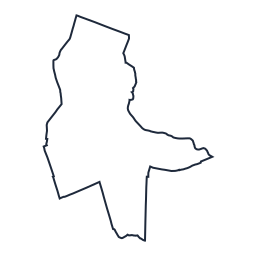 the district of Tinosu, Prahova, Romania
{"feature_id": "2599482B48682936712287", "entity_name": "Tinosu", "entity_type": "district", "adm_level": 2, "iso_a3": "ROU", "parent_name": "Romania", "parent_adm1": "Prahova", "projection": "albers", "projection_center": [26.021, 44.814], "detail": "fine", "context": "isolated", "style": "outline", "palette": "slate", "viewbox_px": 256, "rotation_deg": 0, "n_neighbors": 0, "source": "geoboundaries", "source_scale": "gbopen_adm2", "svg_char_len": 5718}
<svg xmlns="http://www.w3.org/2000/svg" viewBox="0 0 256 256"><path d="M211.6,157.1L212.3,156.8L211.8,156.5L210.1,155.6L209.3,155.0L208.9,154.7L208.6,154.3L208.3,153.7L208.1,153.0L207.4,151.6L207.1,150.8L206.8,150.4L206.4,150.0L205.8,149.3L205.2,148.7L204.7,148.5L204.2,148.3L203.3,148.1L203.0,148.3L202.3,148.4L201.8,148.6L200.8,149.0L199.8,149.3L199.2,149.5L198.7,149.5L197.9,149.5L197.3,149.4L196.8,149.3L196.1,148.9L195.5,148.5L195.1,148.0L194.8,147.2L194.5,146.1L194.5,145.5L194.4,145.1L194.1,144.7L193.9,144.3L193.8,143.9L193.7,143.3L193.3,142.2L193.0,141.1L192.8,140.7L192.6,140.4L192.1,140.0L191.5,139.4L190.8,138.9L190.3,138.6L189.8,138.4L189.2,138.3L188.1,138.3L185.8,138.4L183.4,138.5L182.0,138.5L180.3,138.5L179.2,138.5L177.8,138.4L176.1,138.1L175.1,137.9L174.4,137.7L173.5,137.5L173.0,137.2L172.6,136.8L171.9,136.3L171.1,135.9L170.2,135.6L169.5,135.5L168.6,135.3L167.8,134.9L167.2,134.6L166.6,133.9L165.8,133.5L164.9,133.2L162.9,132.7L161.9,132.6L160.8,132.7L160.2,132.7L159.8,132.7L159.0,132.8L158.3,132.8L157.7,132.8L156.5,132.6L155.4,132.4L153.6,132.0L152.5,131.8L151.5,131.5L150.8,131.4L149.8,130.9L148.6,130.6L147.6,130.4L146.4,130.2L145.4,130.0L144.4,129.6L143.4,129.0L142.0,127.9L141.0,126.7L138.0,123.5L136.2,121.6L135.5,120.8L134.4,119.2L133.7,118.1L132.8,116.9L131.2,115.1L130.0,113.7L129.2,112.2L128.7,111.4L128.4,110.7L128.1,110.1L128.0,109.6L127.8,108.7L127.8,108.1L127.9,106.9L128.3,105.2L128.8,103.9L129.2,102.2L129.5,100.8L129.5,99.9L129.9,100.0L131.8,99.7L132.5,99.4L132.8,99.3L133.0,98.9L133.1,98.5L133.3,98.1L133.3,97.9L133.3,97.6L133.3,97.2L133.4,96.5L133.4,95.9L133.2,95.3L133.1,95.0L133.0,94.6L132.9,94.2L132.9,93.9L132.8,93.5L132.7,93.3L132.5,93.0L132.3,92.7L132.1,92.4L131.9,92.2L132.2,92.1L132.5,91.9L132.8,91.7L133.1,91.4L133.2,91.1L133.2,90.9L133.2,90.5L133.3,90.0L133.4,89.5L133.4,89.2L133.4,88.9L133.3,88.6L133.1,88.3L133.0,88.1L133.3,87.8L133.4,87.6L133.7,87.4L134.0,87.1L134.2,86.9L134.4,86.7L134.5,86.6L134.6,86.4L134.7,86.1L134.9,85.9L135.0,85.5L135.2,85.0L135.4,84.6L135.6,84.2L135.7,83.9L135.8,83.5L135.9,83.3L135.9,83.2L136.0,83.0L136.1,82.8L136.2,82.6L136.3,82.4L136.3,82.1L136.2,81.7L136.0,81.2L136.1,80.8L136.1,79.9L136.0,79.5L135.9,79.1L135.8,78.7L135.8,78.2L135.7,77.6L135.6,77.1L135.5,76.7L135.5,76.4L135.5,76.2L135.4,75.8L135.3,75.4L135.3,75.1L135.3,74.7L135.3,74.4L135.3,74.0L135.3,73.6L135.2,73.2L135.0,72.7L135.0,72.2L134.8,71.6L134.7,71.2L134.6,70.9L134.4,70.4L134.1,69.2L133.9,67.7L131.4,66.0L129.3,64.7L127.3,63.3L126.6,62.8L126.2,62.7L125.6,62.7L125.6,62.2L124.7,56.5L124.3,55.3L123.6,53.8L123.3,53.2L124.3,50.7L126.5,45.0L127.6,42.3L128.9,38.9L129.0,38.4L129.0,37.8L128.9,35.6L128.9,35.1L127.4,34.5L125.1,33.7L119.9,31.7L112.3,28.9L105.2,26.2L94.7,22.1L80.5,16.9L77.6,15.7L76.5,15.4L76.4,15.8L76.0,17.2L75.7,18.1L75.0,20.7L74.1,23.8L73.6,25.8L72.7,28.7L71.6,32.7L70.6,36.2L70.3,37.3L69.8,38.6L69.5,39.2L67.3,41.8L62.7,47.7L62.2,48.4L60.9,49.9L60.2,51.3L59.7,52.5L59.5,53.2L59.3,54.8L58.8,55.9L58.0,57.3L57.3,58.1L56.7,58.8L56.0,59.3L55.2,59.6L54.2,59.9L53.6,60.2L53.5,60.4L53.4,60.9L53.4,61.4L53.4,61.5L53.4,63.2L53.4,64.8L53.5,68.2L54.2,71.4L55.1,74.8L55.2,75.3L55.7,77.8L57.2,82.2L58.8,86.3L60.1,89.7L60.2,90.4L60.3,92.2L60.6,93.1L60.8,95.3L61.2,98.2L61.6,104.1L59.2,107.1L57.4,109.3L55.4,112.2L51.3,117.4L47.4,122.4L46.7,125.0L47.0,130.8L46.4,135.0L46.0,138.8L47.3,139.0L47.1,140.2L46.8,142.0L46.4,143.4L46.3,144.4L46.7,145.1L46.8,145.3L43.7,146.5L44.2,148.0L44.6,150.2L44.8,150.9L47.4,157.4L49.4,163.2L51.6,169.7L53.8,176.3L52.9,176.7L53.3,177.4L53.9,179.5L55.3,184.1L56.2,186.9L57.1,189.7L57.4,190.6L57.8,192.0L58.8,195.6L59.2,196.9L59.7,198.5L61.6,197.6L63.1,197.0L63.6,196.8L64.4,196.8L64.7,196.8L65.4,196.5L66.3,196.2L68.4,195.3L70.0,194.6L72.7,193.6L79.2,190.8L86.5,187.7L99.5,181.9L99.7,182.7L101.3,188.0L102.7,192.8L103.7,196.6L105.1,201.6L107.0,208.3L109.3,215.9L110.8,221.0L111.5,223.9L112.8,228.2L113.0,228.9L113.1,229.1L113.6,229.2L113.9,229.1L114.1,229.2L114.2,229.3L114.6,229.6L114.8,230.0L115.1,230.4L115.2,230.8L115.4,231.2L115.6,231.6L115.7,231.8L115.9,232.1L116.2,232.6L116.7,233.5L116.8,233.6L117.5,234.9L117.8,235.4L118.1,235.8L118.4,236.3L118.5,236.6L118.9,237.0L119.0,237.1L119.6,237.4L120.2,237.6L120.8,237.9L121.2,238.0L121.5,238.1L122.0,238.1L122.3,238.0L122.6,237.9L122.8,237.8L123.0,237.7L123.6,237.4L124.2,237.0L125.5,236.3L126.0,236.0L126.7,235.5L127.1,235.1L127.3,234.9L127.5,234.7L127.7,234.8L127.8,234.8L128.1,235.0L128.4,235.2L128.5,235.2L128.7,235.3L128.9,235.3L129.2,235.4L129.5,235.4L129.9,235.3L130.2,235.3L130.5,235.3L130.7,235.2L130.8,235.2L131.1,235.1L131.5,235.2L131.9,235.1L132.2,235.2L132.4,235.2L132.6,235.2L132.8,235.2L133.0,235.3L133.3,235.4L133.7,235.5L133.8,235.5L134.0,235.5L134.3,235.5L134.5,235.5L134.8,235.5L135.1,235.6L135.4,235.6L135.7,235.7L136.0,235.6L136.4,235.6L136.9,235.5L137.2,235.4L137.4,235.4L137.5,235.4L137.6,235.5L137.8,235.7L137.9,235.9L138.1,236.1L138.2,236.3L138.6,236.8L138.9,237.1L139.2,237.4L139.5,237.7L139.7,237.9L139.9,238.1L140.1,238.3L140.3,238.3L140.6,238.4L140.9,238.6L141.4,238.8L141.7,239.1L142.1,239.3L142.6,239.7L143.1,240.0L143.4,240.1L143.7,240.2L144.6,240.6L145.0,240.6L145.4,221.3L145.8,204.8L146.0,199.5L146.3,187.2L146.5,183.1L146.7,178.1L146.8,176.7L148.3,176.8L148.3,175.6L148.3,173.7L148.4,172.5L148.7,171.5L150.2,166.5L151.4,167.0L152.7,167.6L153.4,167.8L161.8,169.4L164.8,169.8L169.3,170.6L171.4,171.0L174.6,170.9L175.1,170.9L176.7,170.6L177.6,170.4L178.3,170.1L179.1,169.8L179.3,170.2L179.9,170.0L181.6,169.6L183.0,169.4L183.8,169.2L185.2,168.7L187.1,168.2L188.6,167.6L190.3,166.8L192.3,165.6L194.0,165.0L195.0,164.6L197.2,164.1L198.5,163.6L200.3,162.9L200.7,162.7L200.9,161.5L206.8,159.1L211.6,157.1Z" fill="none" stroke="#1e293b" stroke-width="2"/></svg>